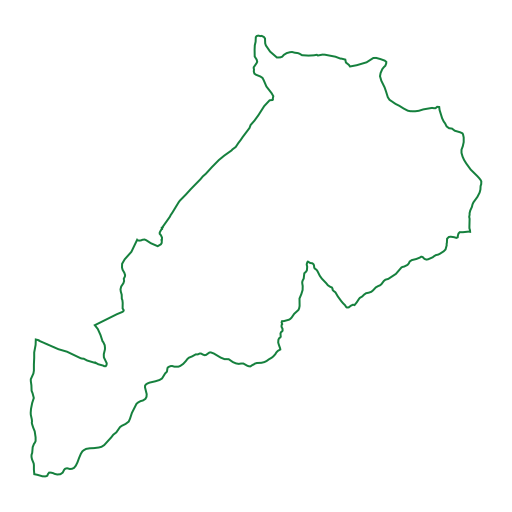 Tena, Cundinamarca, Colombia
{"feature_id": "7082276B40758433755427", "entity_name": "Tena", "entity_type": "district", "adm_level": 2, "iso_a3": "COL", "parent_name": "Colombia", "parent_adm1": "Cundinamarca", "projection": "mercator", "projection_center": [-74.399, 4.648], "detail": "fine", "context": "isolated", "style": "outline", "palette": "green", "viewbox_px": 512, "rotation_deg": 0, "n_neighbors": 0, "source": "geoboundaries", "source_scale": "gbopen_adm2", "svg_char_len": 5973}
<svg xmlns="http://www.w3.org/2000/svg" viewBox="0 0 512 512"><path d="M34.3,474.2L37.3,474.8L42.5,476.3L45.2,476.4L46.5,476.1L47.3,475.7L47.9,474.2L49.1,472.6L50.8,472.6L53.0,473.1L54.7,473.9L57.3,474.5L60.4,474.2L62.7,472.6L64.2,469.7L65.1,468.8L66.3,468.4L67.4,468.3L69.8,469.0L72.0,468.8L74.0,467.9L75.8,465.7L77.4,462.5L79.1,457.9L80.9,453.7L82.4,451.3L83.8,450.2L86.1,448.9L89.7,448.3L94.1,448.1L98.8,447.5L101.5,446.8L104.2,445.1L111.3,437.3L113.3,434.7L116.3,432.4L120.0,427.1L121.8,425.8L125.5,424.0L128.7,421.6L130.0,418.7L131.9,412.9L136.5,403.8L138.2,402.4L140.6,401.1L142.9,400.5L145.4,398.9L146.5,396.8L146.7,394.2L145.0,387.3L145.1,385.6L145.9,384.5L147.4,383.5L149.6,382.6L155.3,381.3L159.5,380.0L162.0,378.5L165.3,373.2L166.5,372.2L167.0,371.3L167.4,368.6L167.7,367.6L168.7,366.9L170.6,366.1L172.1,366.0L174.5,366.7L178.3,366.7L180.3,365.9L183.2,363.9L185.8,361.1L187.4,359.0L188.9,357.7L192.1,356.4L195.7,354.4L197.8,354.4L199.8,353.5L200.9,353.5L203.2,354.7L204.7,355.2L206.1,354.9L209.1,352.7L210.0,352.4L210.8,352.4L213.8,353.5L220.7,357.6L224.4,359.1L228.7,359.2L232.9,362.1L236.0,363.4L238.7,363.9L241.3,363.5L243.3,363.5L247.4,365.8L249.0,366.3L250.4,366.4L252.7,364.8L253.4,364.7L254.7,363.7L256.8,363.0L261.4,362.8L264.3,362.1L266.6,361.0L268.8,359.4L271.7,357.7L273.3,356.4L275.3,354.2L276.3,352.5L277.8,350.9L280.3,349.5L280.1,348.3L278.8,344.6L278.2,342.5L278.4,339.8L279.1,338.3L280.4,337.3L280.7,336.7L280.5,333.4L281.1,332.1L282.3,331.2L282.6,330.4L282.5,328.7L281.7,327.2L281.5,326.2L281.7,324.8L282.2,324.1L281.6,322.4L282.0,321.2L283.9,321.1L289.0,319.7L290.3,318.9L291.6,317.6L294.2,313.8L298.4,310.0L299.1,308.5L299.6,306.0L299.5,298.5L301.3,294.2L302.6,290.0L302.7,286.0L302.3,283.7L302.2,282.1L302.7,280.4L303.7,278.6L304.3,273.3L306.2,271.5L306.9,270.2L307.2,266.8L306.7,264.6L306.9,263.5L307.4,262.1L307.9,261.6L310.2,263.0L312.4,263.3L313.6,264.4L314.0,265.5L314.2,267.4L314.6,268.4L316.5,269.8L317.5,271.2L319.8,275.8L321.8,278.6L326.3,283.3L327.8,285.2L330.0,286.7L331.9,287.5L332.5,288.6L332.6,289.8L333.5,290.9L335.4,292.3L337.8,296.4L341.3,301.2L343.0,303.2L345.2,305.4L345.9,306.7L346.9,307.5L348.7,307.4L350.9,305.7L353.0,304.7L354.5,305.1L356.7,302.4L359.0,298.9L359.8,297.9L362.2,296.5L364.1,294.6L366.1,293.2L368.7,292.7L371.3,291.8L373.0,290.4L375.8,287.4L378.3,286.0L379.9,285.4L381.4,284.2L383.8,281.0L385.4,279.7L388.3,278.9L395.9,273.9L401.5,267.4L402.6,266.9L404.1,266.6L407.5,264.9L408.8,263.4L409.7,261.5L411.8,260.1L416.3,259.0L419.8,257.6L421.2,256.7L421.9,256.8L423.0,257.3L423.7,258.2L424.7,259.0L426.5,259.6L428.1,259.3L432.7,257.3L434.2,256.1L435.9,255.1L438.2,254.6L439.8,253.8L443.7,251.3L445.5,249.5L446.7,245.2L446.6,244.0L446.9,242.7L447.1,238.7L448.8,237.0L450.7,236.7L454.1,237.2L456.4,237.9L457.7,237.3L457.9,235.5L458.5,233.5L459.7,232.2L463.0,232.2L468.5,231.6L470.1,231.8L470.0,230.3L469.4,228.2L469.4,226.7L469.6,218.8L469.2,216.9L469.6,214.8L469.6,213.1L470.3,210.4L471.9,206.9L472.5,204.4L473.4,202.4L477.4,196.9L479.6,192.6L480.4,189.6L480.6,186.0L481.2,184.2L481.3,181.4L480.6,180.0L479.3,178.3L477.4,176.2L470.7,169.6L466.2,163.4L464.1,160.0L462.6,156.7L461.5,152.9L461.5,149.7L462.8,146.2L463.7,142.1L463.7,137.5L463.0,134.3L462.4,133.3L460.2,132.3L454.7,130.7L452.0,128.6L449.0,128.2L446.6,126.4L445.1,123.4L443.7,121.5L442.1,118.2L439.6,110.1L439.2,107.0L437.2,106.8L435.5,108.2L433.9,108.2L432.0,107.9L423.3,109.4L418.8,110.8L414.9,111.3L410.2,111.2L407.8,110.7L403.6,108.5L399.3,105.8L395.5,103.9L389.5,99.8L387.8,97.2L386.0,91.4L384.6,87.4L381.3,80.7L380.0,76.2L380.6,73.0L382.3,69.1L383.8,67.2L385.3,65.8L386.2,63.5L386.3,61.9L384.7,60.6L380.5,59.1L376.1,57.9L373.3,58.0L366.6,62.3L356.8,65.2L350.0,66.5L348.9,64.9L345.9,62.5L345.3,59.6L341.4,58.6L340.4,58.6L335.4,56.7L324.9,54.7L322.5,54.6L317.9,55.5L316.8,54.8L314.0,55.3L308.6,55.6L302.0,55.2L299.7,53.8L297.9,53.1L294.7,52.7L292.1,52.0L290.0,52.2L286.7,53.1L283.8,54.9L282.2,56.7L280.2,57.4L276.9,57.5L270.1,51.6L265.9,45.5L265.2,43.4L265.0,38.5L263.9,37.0L261.7,35.9L260.4,36.1L258.2,35.6L256.6,36.1L255.8,37.2L255.6,41.8L254.8,45.3L254.6,49.8L254.7,56.5L256.7,59.7L257.2,61.8L256.6,63.1L253.7,67.3L253.7,68.3L254.0,69.3L253.8,71.5L254.4,73.6L255.9,74.7L260.4,76.5L262.5,77.9L263.7,80.2L266.4,86.5L271.6,93.2L273.3,96.2L272.8,98.5L272.9,99.6L272.5,100.0L269.6,100.3L264.2,106.1L258.4,115.2L254.4,120.7L250.6,125.0L249.5,128.0L242.7,137.0L240.6,140.1L238.5,142.8L235.7,147.0L232.3,149.5L231.6,150.4L224.4,155.5L219.0,159.9L211.9,167.1L205.8,173.8L202.8,176.4L200.4,179.3L190.8,189.1L185.9,194.5L179.9,200.6L178.7,202.2L172.3,212.7L170.6,215.2L169.9,216.7L162.6,227.0L162.8,227.2L162.5,227.7L161.8,227.8L162.0,229.0L161.6,229.1L160.2,231.5L159.7,232.6L159.7,233.8L160.9,235.2L162.0,237.6L161.9,239.9L161.5,240.1L161.8,240.7L161.7,242.9L160.9,244.3L157.7,246.2L150.8,243.2L146.2,240.2L144.5,239.5L142.4,239.8L141.0,240.4L139.3,240.6L138.0,240.4L137.4,240.3L137.1,239.9L131.4,251.8L124.7,259.3L122.1,263.8L122.0,267.5L122.6,269.8L124.3,272.7L125.1,275.1L124.9,276.5L123.8,278.7L124.1,281.0L123.4,283.2L121.2,286.5L120.5,289.3L120.8,291.6L121.7,294.7L121.8,298.7L122.4,300.2L122.7,302.9L122.6,308.4L123.7,310.2L123.3,311.3L122.2,312.0L116.9,314.2L94.8,325.2L97.8,329.0L100.5,335.0L102.5,341.2L103.3,342.2L104.7,345.2L105.0,348.0L104.9,349.6L103.8,354.1L103.8,355.7L103.9,357.4L106.7,363.2L106.7,364.0L106.4,365.2L105.7,366.2L104.2,366.2L103.2,365.6L98.1,364.2L95.7,362.8L95.7,363.1L87.1,360.5L83.7,358.7L82.1,358.6L80.6,358.2L67.0,351.7L58.4,349.2L39.4,340.9L38.6,340.4L38.6,340.2L35.8,339.5L35.6,344.9L34.2,352.4L34.2,357.9L33.9,364.3L33.9,370.6L33.4,373.5L30.8,379.2L30.8,381.0L31.4,385.3L31.6,390.8L32.6,393.3L33.8,398.0L32.2,402.9L31.0,408.9L30.7,412.8L30.8,414.8L31.8,419.4L32.0,421.4L31.8,422.8L32.1,424.2L33.2,427.6L34.7,431.3L35.6,437.4L35.6,441.0L34.9,442.6L34.0,443.8L32.7,447.1L32.2,452.8L31.5,455.0L31.5,457.0L32.0,459.3L33.7,463.5L33.9,465.2L33.9,469.6L34.3,474.2Z" fill="none" stroke="#15803d" stroke-width="2"/></svg>